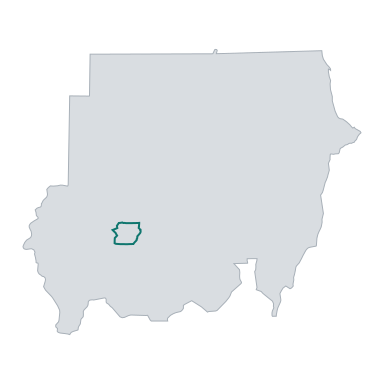 Um Kadadah, North Darfur, Sudan shown in context
{"feature_id": "16777658B38169285241768", "entity_name": "Um Kadadah", "entity_type": "district", "adm_level": 2, "iso_a3": "SDN", "parent_name": "Sudan", "parent_adm1": "North Darfur", "projection": "orthographic", "projection_center": [27.208, 13.486], "detail": "fine", "context": "in_parent", "style": "outline", "palette": "teal", "viewbox_px": 384, "rotation_deg": 0, "n_neighbors": 0, "source": "geoboundaries", "source_scale": "gbopen_adm2", "svg_char_len": 4763}
<svg xmlns="http://www.w3.org/2000/svg" viewBox="0 0 384 384"><path d="M276.3,316.2L272.4,316.3L272.0,315.4L272.0,312.9L272.4,310.9L273.8,307.9L273.4,306.2L273.6,303.8L272.5,301.2L263.1,293.6L261.2,291.5L256.2,289.7L257.0,287.5L254.7,271.6L255.7,269.7L255.9,266.9L255.8,264.5L256.9,260.4L257.0,258.6L247.2,258.7L247.1,260.5L247.6,262.5L247.6,263.2L233.9,263.6L239.5,269.7L239.8,272.5L239.6,275.9L239.7,278.1L240.0,279.5L241.5,282.3L241.4,282.8L241.1,283.5L231.5,292.0L230.0,295.9L228.7,297.9L225.9,301.4L217.1,310.4L215.7,311.0L208.9,311.5L208.2,311.7L207.7,312.1L207.4,312.0L201.5,306.9L191.7,300.7L185.2,304.1L183.4,305.3L183.4,308.3L182.5,309.8L180.7,311.5L176.0,312.6L173.5,313.6L170.5,315.3L167.6,318.2L167.4,319.6L167.7,321.0L151.2,321.0L150.1,319.9L147.6,315.3L146.0,315.5L130.9,315.0L128.7,315.5L124.4,317.4L122.2,317.7L120.0,316.8L112.1,307.6L110.4,306.4L108.6,304.2L106.9,303.2L106.3,302.5L106.1,301.5L106.2,299.5L105.6,298.2L104.4,297.9L93.7,300.0L92.2,299.8L90.0,300.1L89.2,300.5L88.3,301.7L88.1,304.3L87.8,305.5L87.0,306.9L84.0,310.0L83.3,311.4L83.4,314.8L83.2,316.6L82.7,317.4L81.4,318.7L80.9,319.5L80.3,323.9L78.7,326.5L78.3,327.5L78.1,329.4L77.9,330.0L73.0,331.5L71.2,332.4L70.1,333.9L69.8,334.6L67.8,334.0L65.1,333.6L60.1,333.0L58.1,332.3L57.2,331.2L57.5,328.6L57.0,328.0L56.2,327.5L55.7,326.3L55.8,324.9L58.5,321.9L59.0,320.2L59.8,312.4L59.6,310.1L57.6,305.7L52.8,298.1L51.7,296.6L45.7,290.3L45.1,289.4L43.6,286.7L45.3,281.0L45.5,279.4L45.1,277.8L43.6,276.5L42.2,276.3L40.5,274.8L39.3,274.1L38.3,272.7L37.6,270.8L38.2,264.0L37.9,263.1L36.4,262.8L36.0,262.3L36.1,261.1L35.4,257.2L34.5,254.0L35.0,252.2L33.8,249.8L31.4,248.7L26.6,249.4L25.1,249.2L24.1,248.8L23.4,247.9L23.0,246.8L23.4,245.3L24.8,242.4L26.6,240.1L30.0,238.0L31.0,236.9L31.5,235.6L31.6,234.2L31.4,232.6L31.1,231.2L30.1,229.3L29.2,227.1L29.2,225.7L29.7,224.6L30.6,223.3L34.1,220.9L37.6,218.9L38.2,218.2L38.0,217.3L36.4,215.6L36.0,212.3L35.2,209.9L37.0,208.2L38.3,207.6L40.3,207.1L41.1,206.4L41.4,205.0L41.4,203.7L42.1,202.7L43.1,200.6L43.9,199.7L46.6,197.2L47.3,195.6L47.5,194.1L46.8,189.4L48.4,187.5L50.4,185.9L53.2,186.1L57.5,185.8L60.5,185.1L62.6,185.2L67.4,186.1L67.9,185.8L68.2,184.5L69.7,95.9L89.2,96.1L89.5,95.9L90.1,54.2L211.9,53.8L212.9,53.7L214.7,49.7L215.5,49.4L216.7,49.6L217.2,50.5L216.3,53.7L321.8,50.7L322.3,55.5L323.4,59.2L326.8,64.5L329.5,67.4L330.5,68.9L330.6,69.7L330.6,70.4L329.7,69.6L328.4,69.1L328.4,71.7L329.3,76.9L330.6,80.5L330.1,83.9L330.5,89.7L332.3,96.5L332.3,100.9L335.1,111.1L337.6,116.7L338.8,118.0L340.2,118.7L342.8,119.1L346.7,121.9L349.9,124.8L351.1,126.3L352.6,128.0L353.6,127.7L354.2,127.2L355.2,128.6L360.2,131.4L361.0,132.8L359.3,134.3L357.5,136.8L356.7,139.1L356.2,139.8L354.7,141.3L354.5,142.0L353.8,142.4L353.1,142.5L351.5,143.3L350.0,143.2L348.6,143.6L348.0,144.2L346.9,144.7L345.3,145.0L342.9,147.0L340.8,148.1L340.1,148.8L339.2,152.7L338.4,153.7L335.2,153.9L333.6,154.3L331.5,154.0L330.4,154.1L330.2,154.9L330.0,158.2L330.1,159.5L328.4,163.3L329.3,170.2L327.8,175.5L327.6,176.7L326.0,180.8L325.2,182.4L323.2,190.2L322.4,192.6L320.6,195.1L323.4,213.5L322.0,219.2L322.1,222.3L321.2,226.9L320.3,229.0L319.0,231.6L317.8,234.5L316.9,238.3L316.4,245.4L316.1,246.1L310.3,247.2L308.5,247.7L307.3,248.6L305.8,250.4L303.0,255.5L301.5,258.6L299.2,262.9L296.4,266.0L295.8,267.4L295.4,270.1L294.5,274.4L293.6,277.4L293.8,279.9L293.0,284.1L293.2,286.1L292.2,287.3L290.9,288.4L290.0,288.7L285.8,286.0L283.0,288.1L281.3,290.9L279.9,293.6L280.8,299.4L280.8,300.7L280.4,302.1L277.8,307.9L277.1,310.6L276.3,315.1L276.3,316.2Z" fill="#d9dde1" stroke="#a8b0b8" stroke-width="1"/><path d="M132.4,223.1L130.4,223.1L128.6,223.1L125.8,223.1L125.2,223.0L124.5,222.9L123.8,223.0L123.2,223.0L122.5,222.5L122.2,222.5L121.8,222.6L120.8,222.8L120.0,222.9L118.8,223.0L118.7,223.2L116.9,225.8L117.3,228.1L112.6,230.0L114.2,231.6L115.6,232.9L115.9,233.6L117.1,235.6L114.8,238.0L114.7,239.6L114.6,243.2L115.2,243.5L115.8,243.8L116.8,243.9L119.9,244.1L127.1,244.2L129.3,244.1L133.2,244.0L133.2,243.9L133.3,243.8L133.9,243.2L134.0,243.1L134.3,242.7L135.0,241.9L135.3,241.6L136.1,240.8L136.4,240.4L136.6,240.2L136.7,239.9L136.6,239.4L136.6,239.2L136.8,238.9L137.0,238.8L137.1,238.6L137.2,238.3L137.2,237.9L137.3,237.1L137.3,236.7L137.3,236.4L137.4,236.2L137.6,236.1L137.9,235.7L138.4,235.1L138.6,234.9L139.4,234.0L139.7,233.5L140.0,233.2L140.2,232.9L140.4,232.5L140.5,232.1L140.6,231.7L140.6,231.4L140.6,231.1L140.6,230.9L140.6,230.7L140.5,230.3L140.5,230.0L140.4,230.0L140.4,229.9L140.2,229.9L140.2,229.7L139.9,229.4L139.6,228.8L139.4,228.6L138.7,228.0L138.7,227.9L138.9,226.8L138.9,226.6L138.9,226.4L139.0,226.3L139.0,225.4L139.1,225.0L139.1,224.8L139.2,223.5L139.2,223.3L139.2,222.9L138.0,223.0L132.5,223.1L132.4,223.1Z" fill="none" stroke="#0f766e" stroke-width="2"/></svg>